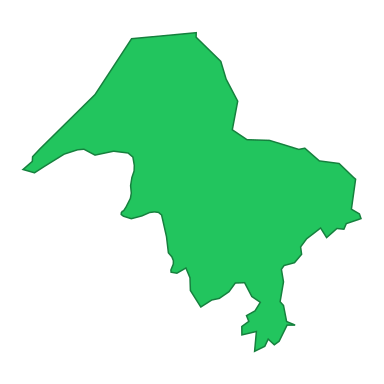 St. Mary, Louisiana, United States of America (Equal Earth projection)
{"feature_id": "52423323B82500281635270", "entity_name": "St. Mary", "entity_type": "district", "adm_level": 2, "iso_a3": "USA", "parent_name": "United States of America", "parent_adm1": "Louisiana", "projection": "equal_earth", "projection_center": [-91.446, 29.674], "detail": "fine", "context": "isolated", "style": "filled", "palette": "green", "viewbox_px": 384, "rotation_deg": 0, "n_neighbors": 0, "source": "geoboundaries", "source_scale": "gbopen_adm2", "svg_char_len": 1301}
<svg xmlns="http://www.w3.org/2000/svg" viewBox="0 0 384 384"><path d="M196.2,32.7L131.6,38.7L111.6,69.3L95.0,94.6L40.1,148.7L32.6,156.7L32.3,161.4L23.0,169.5L34.5,172.8L44.4,166.4L64.2,154.1L77.5,149.8L83.9,149.2L95.0,155.1L113.6,151.2L128.1,153.0L132.9,157.1L134.3,165.4L134.1,171.0L131.9,177.5L130.6,185.7L131.3,193.1L130.4,198.4L126.1,206.9L123.6,210.8L122.3,211.3L121.3,212.8L121.2,214.5L123.4,216.2L131.3,218.7L141.9,215.9L149.6,212.5L154.4,211.9L158.5,212.4L161.6,215.0L166.5,236.7L168.4,252.8L171.9,256.9L173.4,260.7L173.3,264.1L170.9,270.0L171.1,272.2L176.9,273.2L185.9,268.0L190.0,277.8L190.4,290.5L200.8,307.0L211.8,300.0L219.3,298.4L229.0,291.7L235.3,283.0L244.6,282.7L251.8,296.5L260.3,302.3L255.0,310.9L246.5,315.6L248.8,321.4L241.8,326.5L241.9,334.9L256.4,331.5L254.6,351.3L264.8,346.3L268.2,339.1L274.3,344.8L279.1,341.3L287.1,325.1L295.1,325.1L286.6,321.5L283.5,305.5L280.1,301.7L283.5,281.9L281.4,269.3L284.1,265.5L294.5,262.7L301.6,254.3L300.6,246.9L306.6,238.8L320.6,228.0L326.6,237.6L336.9,228.5L343.9,229.2L346.3,223.6L361.0,218.6L359.4,213.9L351.4,209.2L355.6,179.2L353.5,177.4L339.1,163.5L319.3,160.9L304.8,148.2L298.8,149.4L269.5,140.4L247.0,139.7L232.3,129.8L237.7,101.2L226.1,79.1L220.8,61.4L196.1,37.2L196.2,32.7Z" fill="#22c55e" stroke="#15803d" stroke-width="1.5"/></svg>